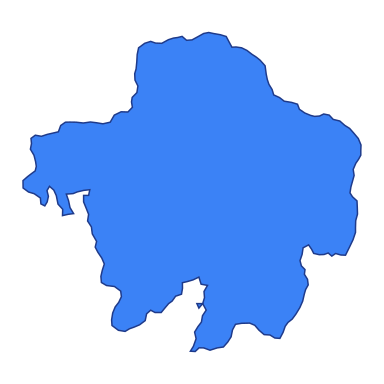 outline of Piedade do Rio Grande, Minas Gerais, Brazil
{"feature_id": "56859067B43663283125641", "entity_name": "Piedade do Rio Grande", "entity_type": "district", "adm_level": 2, "iso_a3": "BRA", "parent_name": "Brazil", "parent_adm1": "Minas Gerais", "projection": "orthographic", "projection_center": [-44.166, -21.486], "detail": "fine", "context": "isolated", "style": "filled", "palette": "blue", "viewbox_px": 384, "rotation_deg": 0, "n_neighbors": 0, "source": "geoboundaries", "source_scale": "gbopen_adm2", "svg_char_len": 2868}
<svg xmlns="http://www.w3.org/2000/svg" viewBox="0 0 384 384"><path d="M118.4,330.3L125.1,331.4L129.6,328.7L133.9,327.2L139.6,324.8L145.2,320.6L146.6,313.8L150.7,310.2L155.0,312.5L161.2,312.5L165.4,307.4L168.6,303.6L172.1,301.1L175.6,296.2L181.5,294.2L182.5,288.3L182.4,282.7L187.2,281.6L193.0,279.9L198.9,277.1L201.1,284.2L207.5,285.4L204.0,291.5L204.5,297.7L202.7,303.6L206.2,310.1L202.5,315.7L201.4,322.1L197.9,326.7L194.6,332.1L196.1,338.7L193.4,346.3L190.4,351.2L195.2,351.5L199.1,347.8L203.7,347.9L210.0,350.2L217.2,347.9L223.4,347.0L227.7,342.1L231.1,336.8L232.5,329.9L235.5,324.3L241.6,323.3L249.7,323.1L254.8,325.3L259.0,330.2L264.1,334.6L270.0,335.0L274.8,338.0L279.9,338.4L283.1,332.3L285.2,326.3L288.0,322.4L292.2,319.1L295.9,314.1L299.9,307.5L302.7,301.1L304.3,294.1L305.6,289.6L308.2,284.9L307.5,279.3L304.4,274.3L305.0,269.6L301.4,265.9L300.0,260.6L302.1,254.4L303.1,247.8L308.6,244.9L311.6,249.3L313.7,253.4L319.3,254.7L324.0,254.5L328.2,253.0L331.8,256.1L335.6,253.5L340.9,255.0L345.5,255.2L349.5,247.1L353.0,239.8L355.5,232.4L355.5,227.4L355.7,220.7L357.5,214.1L357.3,207.6L357.0,200.9L352.5,196.8L350.0,192.9L350.9,187.0L352.6,180.9L354.1,175.5L353.2,169.4L355.8,163.3L358.5,159.4L360.8,155.2L360.8,150.4L361.0,145.0L358.3,138.5L353.5,132.8L349.6,128.4L344.8,125.4L339.8,121.0L333.2,119.4L329.2,115.1L323.7,114.0L319.6,116.0L314.6,116.4L310.6,115.4L304.8,113.0L299.4,109.3L297.5,104.2L291.6,102.4L284.2,101.2L279.6,97.6L273.7,94.9L272.1,89.5L268.9,84.3L267.3,79.5L266.2,74.1L265.1,65.8L260.1,60.2L256.4,57.2L251.8,54.2L246.9,50.4L241.6,47.8L236.1,47.0L231.9,47.2L228.9,41.6L226.2,36.5L220.3,34.7L213.4,33.5L208.7,32.5L203.6,33.5L197.9,36.7L192.0,39.9L186.6,40.3L182.1,36.4L177.7,37.5L173.4,38.1L168.4,39.7L161.8,43.3L155.6,43.1L150.7,41.4L144.7,43.3L138.6,47.8L137.2,54.5L136.8,61.7L136.1,68.9L134.7,73.7L135.0,80.1L137.9,86.0L136.9,92.6L132.2,97.4L131.5,101.9L132.4,107.3L127.9,112.0L121.1,111.8L114.3,115.1L110.2,122.2L102.9,123.8L96.1,122.7L90.4,122.0L83.3,123.0L76.0,122.2L69.7,122.1L65.4,122.2L60.7,125.5L58.4,131.8L53.3,133.0L47.2,134.4L41.4,136.3L35.3,135.2L31.0,138.4L31.5,143.6L30.4,149.2L34.0,155.3L35.6,161.7L36.3,166.4L35.2,170.9L31.5,173.6L27.5,176.7L23.0,180.6L23.1,188.0L28.5,192.0L34.2,193.7L40.4,198.0L40.9,203.9L44.8,205.9L47.2,201.9L48.4,196.3L47.0,190.6L49.5,186.3L53.8,190.1L56.3,195.6L58.0,204.1L62.7,209.3L62.5,215.6L68.2,214.3L73.6,213.6L70.0,207.6L68.6,200.9L66.3,194.1L73.1,193.6L77.3,191.9L83.6,190.4L89.8,189.7L88.6,195.4L83.6,195.4L83.6,201.9L86.5,209.0L88.6,214.3L87.6,221.0L91.4,226.9L92.3,233.9L96.6,241.4L95.2,247.1L97.9,252.3L101.8,258.1L104.3,264.0L102.3,270.3L100.9,276.4L101.4,282.5L106.5,285.5L114.5,286.5L120.7,291.1L121.4,296.7L118.7,302.4L115.2,306.9L112.7,313.0L111.6,319.9L112.0,325.5L118.4,330.3ZM202.7,303.6L196.9,303.6L198.9,308.1L202.7,303.6Z" fill="#3b82f6" stroke="#1e3a8a" stroke-width="1.5"/></svg>